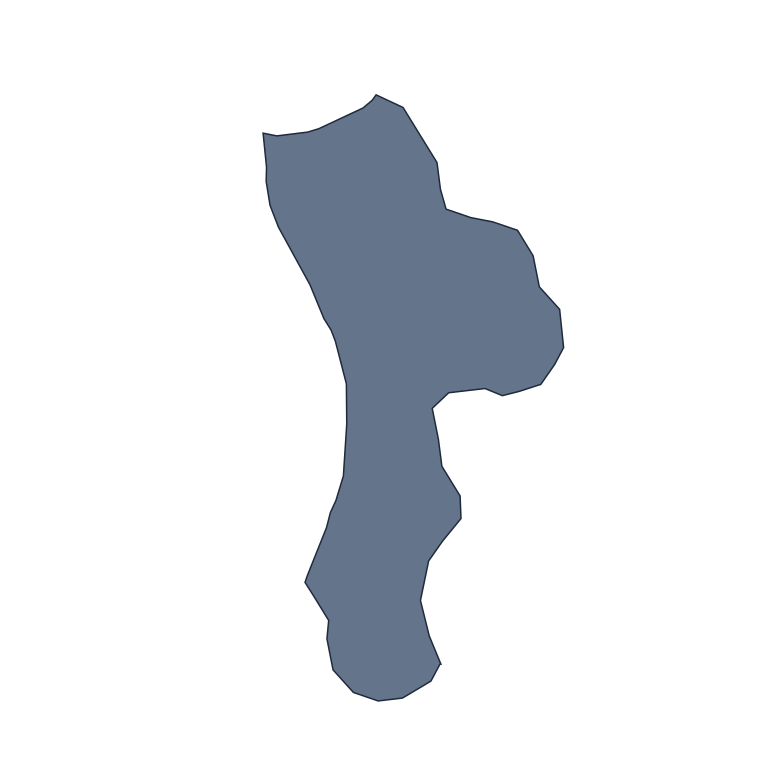 Hyangsan, P'yŏngan-bukto, North Korea, rotated 238°
{"feature_id": "82179303B99713456197263", "entity_name": "Hyangsan", "entity_type": "district", "adm_level": 2, "iso_a3": "PRK", "parent_name": "North Korea", "parent_adm1": "P'yŏngan-bukto", "projection": "mercator", "projection_center": [126.169, 40.033], "detail": "fine", "context": "isolated", "style": "filled", "palette": "slate", "viewbox_px": 768, "rotation_deg": 238, "n_neighbors": 0, "source": "geoboundaries", "source_scale": "gbopen_adm2", "svg_char_len": 915}
<svg xmlns="http://www.w3.org/2000/svg" viewBox="0 0 768 768"><g transform="rotate(238 384 384)"><path d="M257.6,211.9L242.7,212.0L212.8,211.8L198.2,200.6L168.6,189.3L138.6,194.6L118.3,211.1L107.9,233.2L107.5,249.8L107.2,266.4L116.8,283.1L116.3,283.8L146.5,288.9L181.1,300.2L210.3,328.1L219.7,350.3L229.1,378.0L248.7,389.2L283.6,389.5L308.2,400.8L337.8,412.0L342.3,434.2L326.6,467.3L311.4,478.2L306.1,494.7L300.6,516.8L310.1,539.0L319.7,555.6L354.2,572.5L384.1,567.2L413.7,578.4L443.6,578.7L463.8,562.2L479.1,545.8L499.4,529.3L519.1,535.0L543.7,546.3L578.6,546.5L608.4,546.7L633.4,530.5L630.9,524.5L629.2,512.4L635.1,463.8L638.1,452.7L651.2,424.6L660.8,414.4L630.0,399.2L618.2,391.4L595.8,382.0L572.9,377.6L507.3,373.8L471.3,367.7L457.8,367.7L446.0,365.4L404.1,352.2L369.8,331.2L327.5,300.8L310.6,281.4L303.4,270.4L292.8,259.3L262.4,217.8L257.6,211.9Z" fill="#64748b" stroke="#1e293b" stroke-width="1.5"/></g></svg>